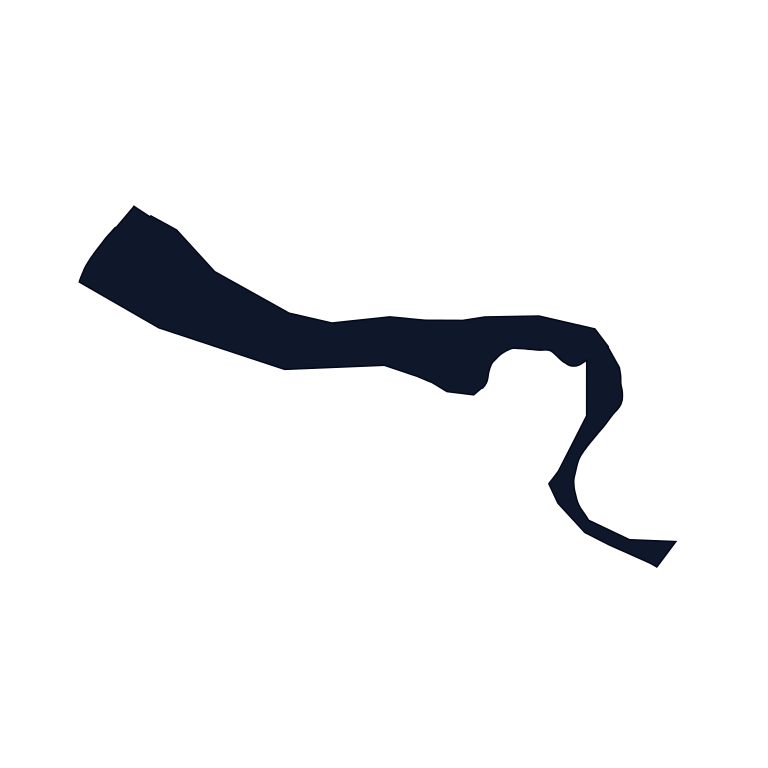 Dennery By Pass, Dennery, Saint Lucia, rotated 103°
{"feature_id": "8701671B7729903902665", "entity_name": "Dennery By Pass", "entity_type": "district", "adm_level": 2, "iso_a3": "LCA", "parent_name": "Saint Lucia", "parent_adm1": "Dennery", "projection": "albers", "projection_center": [-60.894, 13.912], "detail": "fine", "context": "isolated", "style": "filled", "palette": "ink", "viewbox_px": 768, "rotation_deg": 103, "n_neighbors": 0, "source": "geoboundaries", "source_scale": "gbopen_adm2", "svg_char_len": 3562}
<svg xmlns="http://www.w3.org/2000/svg" viewBox="0 0 768 768"><g transform="rotate(103 384 384)"><path d="M444.2,200.9L461.1,187.6L470.6,173.7L483.5,154.9L490.3,127.6L492.2,117.6L498.7,84.4L500.3,78.9L500.9,77.0L473.0,64.7L471.9,64.2L480.5,109.8L470.7,154.1L469.5,155.3L467.5,157.2L466.4,158.4L465.7,159.1L463.9,161.2L463.4,161.7L462.1,163.1L460.3,165.1L458.0,167.0L455.7,168.7L453.4,170.1L451.0,171.3L448.0,172.8L445.9,173.9L443.3,175.0L442.6,175.3L440.8,175.9L438.1,176.7L436.4,177.2L435.5,177.4L432.8,177.7L430.9,177.7L429.5,177.7L428.7,177.7L427.4,177.7L426.3,177.7L425.0,177.7L423.2,177.7L420.4,177.7L417.6,177.6L414.8,177.4L412.0,176.9L410.6,176.5L409.4,176.2L406.9,175.3L405.7,174.8L404.3,174.3L403.0,173.7L401.9,173.2L400.0,172.4L399.2,172.1L396.5,170.8L394.0,169.6L391.7,168.4L389.2,167.2L386.7,165.9L384.2,164.7L383.0,164.1L381.8,163.4L380.2,162.6L378.9,161.9L377.1,160.9L374.7,159.8L372.0,158.5L369.5,157.5L368.3,156.9L367.0,156.4L364.6,155.3L362.1,154.2L359.8,152.9L358.5,152.2L357.5,151.5L355.9,150.7L355.1,150.3L352.7,149.3L350.1,148.6L346.8,148.4L346.1,148.3L343.4,148.7L340.7,149.3L338.1,150.0L335.6,151.0L334.5,151.5L332.9,152.3L331.4,152.9L330.4,153.3L327.9,154.0L326.6,154.3L324.7,154.7L322.7,155.3L320.1,156.3L317.6,157.3L315.0,158.4L298.7,173.2L298.4,173.8L297.2,173.8L282.9,190.9L282.9,248.3L296.0,300.8L303.6,319.8L304.3,321.5L311.6,353.8L312.2,356.4L312.6,358.2L314.6,373.0L315.2,378.1L317.3,393.6L318.5,397.0L321.9,406.8L330.2,430.9L336.3,448.5L336.3,492.5L312.6,574.3L280.6,620.7L277.7,630.8L273.3,646.7L273.0,647.8L272.6,648.9L273.8,649.4L273.6,650.1L268.2,664.8L267.6,666.2L267.1,667.7L267.9,667.9L269.4,668.6L272.6,670.3L279.0,673.6L282.2,675.2L283.1,675.7L285.4,676.9L288.7,678.6L289.5,679.0L291.2,679.8L291.7,680.5L292.4,681.3L296.2,683.4L297.2,683.9L301.5,686.4L302.7,687.0L303.6,687.5L304.5,688.0L305.2,688.3L306.3,688.8L307.0,689.1L308.4,689.7L310.3,690.6L311.6,691.2L313.0,691.8L313.6,692.1L314.3,692.4L315.1,692.8L316.6,693.5L318.4,694.3L319.2,694.7L319.9,695.0L321.1,695.5L322.0,695.9L322.7,696.2L323.5,696.5L324.3,696.8L325.8,697.5L326.5,697.8L327.2,698.0L328.1,698.4L329.1,698.7L330.8,699.3L332.2,699.8L333.1,700.1L334.1,700.4L334.9,700.7L336.0,701.1L337.1,701.3L338.1,701.6L338.9,701.8L339.6,701.9L341.3,702.2L342.8,702.4L343.6,702.6L344.7,702.8L345.8,702.9L347.7,703.3L349.5,703.5L350.2,703.6L350.9,703.7L351.5,703.8L353.2,703.8L379.9,616.0L389.0,517.8L392.1,484.1L366.7,391.6L366.4,390.6L365.7,387.8L367.6,368.2L368.3,361.5L368.5,359.5L369.0,353.7L371.1,341.7L371.7,337.6L377.2,320.9L374.5,295.2L374.3,294.1L372.4,292.7L366.7,288.5L366.3,287.9L365.5,286.8L364.8,286.5L363.8,286.0L363.1,285.6L360.4,284.7L357.9,284.2L356.9,284.2L355.2,284.2L352.5,284.4L351.8,284.5L349.8,284.6L347.2,284.6L345.6,284.5L344.4,284.4L341.7,284.0L340.4,283.7L338.8,283.3L336.5,281.9L335.2,281.1L334.3,280.5L332.7,279.6L331.9,279.1L331.2,278.6L329.6,277.6L327.5,275.8L325.5,273.8L323.8,271.9L323.0,270.8L322.1,269.8L320.5,267.3L319.7,264.7L319.3,262.0L318.8,259.1L318.3,256.5L317.9,253.9L317.6,250.8L317.1,248.0L316.9,246.5L316.7,244.7L316.4,242.5L315.9,239.6L315.1,236.5L314.4,234.3L314.0,231.5L314.2,228.8L314.8,227.3L315.2,226.3L316.0,225.1L316.5,224.0L318.0,221.5L318.8,220.2L319.5,219.1L320.9,216.6L322.1,214.1L322.9,211.4L323.3,210.6L323.9,208.9L324.3,206.3L324.0,203.7L323.4,201.7L323.2,200.9L322.6,199.8L321.8,198.5L320.1,196.5L319.4,195.8L318.2,194.7L317.1,193.6L316.0,192.7L315.3,191.9L320.2,190.7L369.4,179.4L402.8,187.7L429.5,194.4L435.5,197.0L443.3,200.6L444.2,200.9Z" fill="#0f172a" stroke="#020617" stroke-width="1.5"/></g></svg>